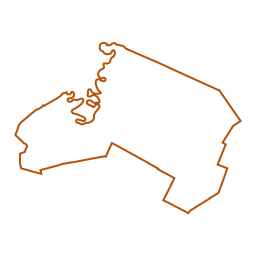 the district of Sutesti, Braila, Romania
{"feature_id": "2599482B82719794647179", "entity_name": "Sutesti", "entity_type": "district", "adm_level": 2, "iso_a3": "ROU", "parent_name": "Romania", "parent_adm1": "Braila", "projection": "albers", "projection_center": [27.441, 45.228], "detail": "fine", "context": "isolated", "style": "outline", "palette": "amber", "viewbox_px": 256, "rotation_deg": 0, "n_neighbors": 0, "source": "geoboundaries", "source_scale": "gbopen_adm2", "svg_char_len": 5530}
<svg xmlns="http://www.w3.org/2000/svg" viewBox="0 0 256 256"><path d="M240.6,121.0L219.5,90.7L219.2,90.0L218.5,90.1L184.9,74.9L167.0,66.7L158.6,62.8L149.7,59.0L140.9,55.2L126.5,48.9L126.2,48.8L124.5,47.2L124.1,46.8L123.3,46.2L122.8,45.9L122.4,45.7L121.5,45.6L121.0,45.6L120.8,45.6L119.8,45.3L119.2,45.0L118.3,44.9L117.6,44.7L116.7,44.6L116.1,44.5L115.9,44.4L115.8,43.9L115.4,43.4L114.7,43.2L114.0,43.1L112.9,43.3L112.1,43.7L110.6,44.8L109.6,45.3L108.4,45.3L106.8,45.1L106.9,43.9L106.2,43.6L105.5,43.3L104.3,42.9L103.0,42.9L102.1,43.2L101.3,43.5L100.7,44.0L100.2,44.6L99.9,45.3L99.7,46.5L99.7,47.1L99.8,48.5L100.0,49.4L100.3,49.9L100.9,50.4L101.9,51.0L102.5,51.2L103.0,51.5L103.5,52.1L103.7,52.5L103.9,52.9L104.2,53.2L105.0,53.7L105.8,54.0L106.6,54.2L107.3,54.3L108.3,54.2L109.2,53.9L110.8,53.5L111.4,53.0L111.7,52.3L111.8,51.7L112.0,51.0L112.5,50.4L113.1,50.2L113.7,50.3L114.2,50.7L114.6,51.2L114.9,52.0L114.9,52.4L114.9,53.0L114.9,53.4L114.8,53.7L114.5,54.9L114.2,55.4L113.8,56.0L113.3,56.9L113.0,57.1L112.4,57.1L112.0,57.4L111.6,57.8L111.1,58.5L110.8,59.0L110.6,59.5L110.4,60.8L110.2,61.5L109.9,62.0L109.5,62.5L109.2,62.8L108.6,63.1L108.0,63.4L107.5,63.5L107.0,63.5L106.6,63.5L105.7,63.4L105.1,63.4L104.6,63.4L103.9,63.5L103.6,63.8L103.5,64.0L103.4,64.3L103.5,64.6L103.7,65.5L103.9,66.4L104.0,66.8L104.0,67.0L104.0,67.3L103.8,67.7L103.7,68.0L103.4,68.3L103.0,68.6L102.7,68.8L102.2,69.1L101.2,69.5L100.6,69.8L100.3,70.0L100.0,70.3L99.9,70.6L99.5,71.0L98.9,71.7L98.5,72.3L98.1,73.5L98.0,73.9L98.0,74.5L98.2,75.0L98.3,75.3L98.8,76.1L99.9,77.7L100.6,78.2L101.2,78.3L102.0,78.2L102.8,77.8L103.6,77.7L104.2,77.8L104.8,78.1L105.4,78.8L105.6,79.9L105.2,80.6L104.6,81.1L103.6,81.2L102.8,81.2L101.9,80.9L101.0,80.4L100.5,80.0L99.8,79.5L98.9,79.2L98.3,79.2L97.7,79.3L97.0,79.5L96.3,80.1L96.0,80.5L95.8,81.1L95.8,81.4L95.7,82.6L95.8,83.2L95.9,84.3L96.1,84.9L96.5,86.5L97.1,88.0L97.8,89.3L98.9,91.0L100.1,91.9L100.6,92.4L100.8,92.8L100.5,93.2L100.0,93.4L99.1,93.6L98.0,93.6L96.5,93.7L95.6,93.7L94.5,93.4L93.6,93.1L92.5,92.6L92.0,92.3L91.6,91.7L91.3,91.0L90.9,90.0L90.5,89.5L89.9,89.3L89.5,89.3L88.9,89.5L88.5,89.9L88.2,90.3L88.0,91.0L88.0,91.9L87.9,92.5L87.9,93.3L87.7,94.1L87.7,95.3L87.9,95.8L88.2,96.2L88.5,96.4L89.0,96.6L89.6,96.6L90.2,96.5L91.1,96.1L92.4,95.3L92.9,95.2L93.6,95.1L94.5,95.2L95.1,95.4L96.2,96.0L96.7,96.4L97.4,97.1L98.1,98.0L98.5,98.6L98.9,99.4L99.3,100.3L99.5,100.9L99.6,101.5L99.5,101.9L99.3,102.2L99.1,102.5L98.9,102.7L98.4,102.8L97.7,102.8L97.3,102.7L96.8,102.7L96.4,102.7L95.8,102.9L95.2,103.0L94.7,102.9L93.7,102.7L93.2,102.4L92.4,101.8L91.9,101.3L91.4,101.0L91.0,100.7L90.4,100.5L89.9,100.4L89.4,100.3L89.0,100.3L88.3,100.4L87.9,100.6L87.5,101.0L87.1,101.4L87.0,101.8L86.8,102.3L86.9,103.2L87.3,103.8L87.7,104.0L88.2,104.5L89.4,105.0L90.7,105.5L91.5,105.9L92.3,106.4L92.8,106.9L93.6,107.0L94.1,106.8L94.6,106.3L95.1,105.6L95.6,104.9L96.4,104.5L97.1,104.4L97.7,104.3L98.4,104.5L99.1,105.2L99.4,105.8L99.5,106.4L99.5,106.8L99.3,107.3L99.1,107.8L98.5,108.5L97.2,110.1L95.7,112.0L94.2,114.5L94.0,115.4L93.9,116.3L94.0,117.2L93.9,117.9L93.6,118.8L93.1,119.9L92.3,120.8L91.5,121.3L90.8,121.8L89.9,122.3L88.3,122.8L87.3,122.9L86.1,122.9L85.2,123.2L84.6,123.4L84.0,123.7L83.2,124.2L82.7,124.3L82.0,124.4L81.5,124.3L80.7,124.0L80.1,123.7L79.3,123.3L78.6,123.1L78.1,122.8L77.4,122.8L76.7,122.4L76.3,121.9L76.2,121.5L76.1,120.9L76.3,120.4L76.7,119.7L77.2,119.5L77.6,119.5L78.5,119.5L79.4,119.8L80.4,120.1L81.3,120.4L82.3,120.9L83.4,121.0L84.6,120.7L85.3,119.9L85.4,119.1L84.9,118.2L84.3,117.6L83.6,117.1L82.8,116.7L82.0,116.3L78.1,114.7L76.7,114.3L75.5,113.9L74.6,113.7L73.6,113.4L72.7,113.0L72.2,112.5L71.8,111.7L71.8,110.8L72.3,110.1L73.4,109.3L74.9,108.5L77.3,107.1L78.7,106.2L80.4,104.9L81.2,104.2L82.4,102.7L82.9,102.0L83.1,101.5L83.3,100.8L83.3,100.0L82.7,99.1L82.3,98.7L81.7,98.6L80.9,98.7L80.0,98.9L79.1,99.5L77.0,100.0L75.8,100.0L74.7,99.7L73.4,99.8L72.6,100.1L71.7,101.1L70.6,101.7L69.6,101.9L68.5,101.5L67.7,100.8L67.6,99.4L68.0,98.8L68.7,98.5L69.5,98.4L70.7,98.2L71.9,97.9L73.1,97.2L73.8,95.9L74.0,94.7L73.9,93.6L73.5,92.8L73.1,92.2L72.3,91.9L71.8,91.9L71.2,92.5L70.7,93.5L70.0,94.2L69.2,94.4L68.5,94.5L67.8,94.3L67.1,93.9L66.8,93.4L66.8,92.8L66.8,92.4L62.5,93.6L60.4,96.1L55.4,99.4L54.6,99.7L46.5,104.4L46.1,104.6L44.1,105.9L43.2,105.3L42.6,106.1L41.9,106.8L39.2,108.7L36.6,109.6L36.0,110.0L32.7,112.6L26.3,118.0L22.0,121.6L21.2,122.2L20.3,123.2L19.4,124.4L19.0,125.1L18.6,125.9L17.5,129.5L15.5,134.6L15.4,134.9L15.6,135.4L17.2,136.7L21.4,140.8L22.8,142.1L23.8,143.2L24.5,143.5L25.3,143.8L26.2,144.4L26.4,144.6L27.2,146.2L25.8,148.7L25.7,149.0L25.6,149.3L25.0,151.5L24.9,151.9L20.0,153.7L20.1,154.8L19.9,156.5L20.0,158.0L20.0,160.9L20.0,162.6L20.1,164.4L20.7,166.1L21.1,168.3L30.9,171.1L31.0,171.1L37.7,172.9L41.2,173.7L41.0,173.3L41.0,171.7L40.9,171.4L40.8,171.2L40.6,170.9L40.5,170.7L40.5,170.3L40.5,170.1L47.9,168.1L56.7,165.8L62.4,164.0L62.9,163.6L63.1,163.5L63.9,163.7L67.5,163.1L71.5,162.3L71.8,162.5L78.5,161.2L91.4,158.7L104.9,156.2L105.2,156.1L105.8,156.6L111.9,143.0L120.3,147.5L128.6,152.1L132.3,154.1L132.5,154.2L137.0,156.7L145.6,161.5L153.6,166.1L158.1,168.6L157.8,169.1L162.3,171.7L163.0,172.0L165.9,173.5L174.4,178.1L169.2,188.7L163.3,200.3L168.1,202.6L171.6,204.4L171.8,204.6L180.8,209.2L186.2,212.0L188.3,213.1L189.8,211.2L190.4,210.4L192.7,209.1L198.4,205.4L200.8,204.1L209.1,198.8L209.3,198.6L210.1,197.7L210.5,197.9L210.8,197.6L218.3,192.9L218.8,192.1L222.5,182.0L227.3,168.3L217.6,164.6L225.7,144.4L222.6,142.6L233.1,126.0L240.6,121.0Z" fill="none" stroke="#b45309" stroke-width="2"/></svg>